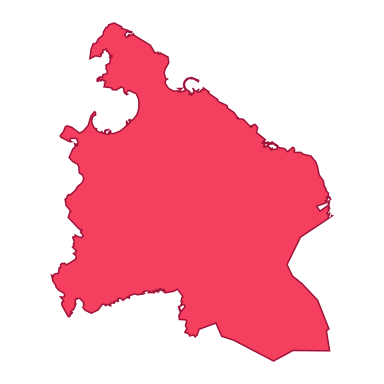 the district of Randaberg nor, Rogaland, Norway
{"feature_id": "86288312B80966124868443", "entity_name": "Randaberg nor", "entity_type": "district", "adm_level": 2, "iso_a3": "NOR", "parent_name": "Norway", "parent_adm1": "Rogaland", "projection": "albers", "projection_center": [5.609, 59.004], "detail": "fine", "context": "isolated", "style": "filled", "palette": "rose", "viewbox_px": 384, "rotation_deg": 0, "n_neighbors": 0, "source": "geoboundaries", "source_scale": "gbopen_adm2", "svg_char_len": 5861}
<svg xmlns="http://www.w3.org/2000/svg" viewBox="0 0 384 384"><path d="M329.1,218.0L328.2,217.5L330.1,212.5L328.2,214.9L326.9,213.2L329.0,210.3L328.4,209.4L329.6,208.4L328.6,207.6L329.3,206.9L328.6,205.9L329.5,201.2L329.0,200.9L328.1,205.4L320.0,211.1L316.6,206.2L326.9,202.6L327.1,201.4L325.0,201.0L326.9,200.5L327.3,197.8L329.2,197.8L330.9,200.0L329.5,196.8L327.0,197.3L328.3,195.7L328.5,193.2L325.7,190.2L326.1,189.2L324.2,185.9L323.4,181.0L319.1,174.9L317.5,166.6L315.6,161.8L310.8,155.9L304.0,154.5L300.5,152.3L294.9,152.5L293.9,151.7L294.7,150.5L294.1,148.2L292.8,147.3L287.5,151.7L284.8,148.7L278.3,147.4L277.7,145.7L273.6,143.1L273.1,143.8L276.9,146.2L277.4,148.9L272.5,149.6L272.3,148.6L271.3,150.0L270.1,149.2L270.7,148.2L268.0,146.4L268.4,144.7L271.8,143.8L272.3,142.1L268.0,143.3L267.5,146.4L264.9,147.0L265.4,146.2L264.2,146.4L265.1,145.6L263.7,146.2L264.9,145.3L264.1,145.6L263.7,145.5L264.5,145.3L263.9,143.9L267.2,143.4L267.8,142.2L262.2,143.0L263.5,141.0L264.8,141.8L264.2,140.8L265.3,139.6L256.4,132.5L257.7,127.7L255.4,124.6L254.1,124.4L250.4,127.8L251.2,125.9L250.1,126.3L243.2,119.2L237.3,118.7L236.8,117.5L238.7,118.0L236.9,116.9L234.2,112.6L226.9,107.7L227.4,106.2L226.5,105.4L218.8,101.7L217.3,100.3L217.7,99.6L208.3,93.0L209.1,91.9L203.5,88.0L203.7,89.8L202.3,89.2L200.7,90.7L201.1,91.3L198.2,92.2L196.7,91.7L199.3,89.0L196.5,91.3L194.9,91.0L192.8,88.0L194.0,91.5L192.8,94.0L191.3,93.7L192.4,92.8L190.9,93.6L191.5,95.0L190.4,95.0L188.9,93.4L190.0,91.9L185.6,88.7L184.3,85.0L185.1,81.5L188.7,78.5L193.4,78.8L198.4,81.6L198.6,80.3L191.6,77.5L187.0,78.5L184.3,81.5L183.6,84.3L184.0,87.3L185.8,90.1L181.9,91.8L180.7,91.7L180.5,89.7L181.8,88.4L178.3,88.5L180.2,89.8L180.3,91.7L178.7,92.0L178.4,90.8L173.7,91.2L168.3,88.2L165.1,83.2L165.7,80.1L168.2,78.7L165.9,79.3L164.1,73.0L165.1,69.2L168.8,62.7L168.0,57.0L160.1,52.9L160.0,53.9L158.5,54.0L158.0,52.2L155.0,53.1L150.4,45.3L133.8,35.1L133.3,33.0L133.2,35.1L129.7,34.9L130.1,35.5L129.3,35.9L128.6,35.0L128.0,35.7L128.9,36.3L126.5,37.6L124.8,35.0L126.7,31.6L131.5,32.8L131.9,31.9L121.5,28.3L121.8,27.2L121.2,26.5L114.1,23.0L108.6,24.8L108.1,26.7L106.0,27.5L103.4,32.1L103.0,35.0L98.2,38.9L96.3,43.1L93.2,43.8L91.1,49.1L89.9,58.7L95.5,55.8L100.5,56.7L101.5,54.6L100.7,53.6L103.1,52.6L102.6,50.4L106.5,49.1L106.6,51.2L107.9,51.3L109.9,55.3L111.9,55.4L112.0,56.9L110.0,56.7L109.5,57.7L110.6,58.3L109.7,63.2L105.8,65.3L106.5,66.3L106.0,68.4L107.4,71.7L106.6,73.8L102.9,74.7L102.7,77.2L100.1,76.8L97.3,78.7L97.1,81.2L98.6,81.2L99.1,78.8L100.9,80.9L102.4,79.5L103.9,80.9L105.3,80.3L104.6,80.7L105.9,81.5L104.3,83.9L104.8,85.2L103.9,86.8L110.5,87.7L112.3,88.5L112.2,89.6L116.3,90.0L121.4,86.9L123.7,88.4L124.0,92.2L126.5,94.7L128.4,93.9L126.4,94.1L126.0,92.5L128.9,90.4L136.3,93.8L138.6,99.2L138.9,102.0L138.9,107.8L137.9,111.9L136.8,114.9L133.2,119.5L130.6,121.2L130.1,120.5L130.1,121.6L129.2,120.6L129.8,119.9L128.8,120.1L129.8,122.0L127.8,124.8L126.6,120.6L126.5,123.7L127.2,124.8L124.1,128.0L120.1,131.1L113.1,133.8L110.7,132.9L108.8,134.3L111.1,130.5L109.1,131.7L108.4,134.4L104.7,133.6L106.2,130.3L109.5,129.3L105.0,130.3L104.3,133.5L101.9,132.4L101.7,130.9L101.3,132.5L99.1,132.2L96.3,130.4L96.5,128.6L94.3,128.1L91.9,123.1L91.7,119.9L93.2,116.2L95.6,115.0L95.5,112.3L94.4,111.7L90.9,116.1L88.2,125.5L83.0,131.3L79.5,133.1L71.6,127.2L67.3,125.9L65.4,126.6L63.4,131.8L60.5,135.2L60.2,136.0L61.2,137.4L69.9,141.8L71.5,141.6L69.8,140.5L70.6,138.4L75.4,138.3L76.5,138.7L78.0,142.4L77.5,143.9L76.2,144.1L77.6,145.4L77.1,145.9L74.7,143.8L75.4,146.7L72.8,149.0L69.1,157.6L72.7,161.5L77.5,164.2L78.8,166.7L79.3,172.9L82.6,175.1L83.5,177.7L83.2,180.7L81.3,183.6L77.7,186.3L75.3,190.4L69.9,195.2L68.8,194.4L67.1,196.3L67.2,197.6L65.1,199.2L66.1,205.5L70.9,211.3L70.0,211.8L68.2,217.4L78.0,227.8L80.6,230.0L81.6,229.5L81.9,230.4L80.5,232.0L83.2,235.7L82.1,237.3L79.6,237.3L75.1,235.1L75.2,236.6L72.7,237.1L74.4,242.0L73.3,244.1L74.0,245.4L72.5,247.1L76.4,250.8L75.4,252.0L75.7,252.8L73.5,253.6L76.4,256.2L75.4,259.4L66.2,265.0L64.9,263.3L61.8,263.5L60.5,264.7L60.6,267.4L59.1,267.9L58.5,273.2L55.0,273.9L53.6,274.9L53.2,276.5L51.6,275.3L53.0,281.3L55.8,285.4L56.0,287.0L58.8,290.2L63.9,293.1L64.6,294.9L64.0,297.2L60.5,296.9L63.6,300.8L61.8,302.5L61.9,305.2L68.2,316.6L69.5,316.7L70.4,315.3L70.0,313.8L71.4,314.0L72.3,312.7L70.6,311.9L74.0,309.0L75.8,304.2L74.9,304.3L75.5,302.8L75.2,300.0L76.1,298.9L77.2,299.8L76.7,298.9L77.9,298.3L79.9,298.5L83.9,302.8L83.4,303.9L83.9,304.9L82.9,307.6L85.2,310.3L91.4,313.2L98.3,309.9L102.2,304.2L104.8,304.2L105.3,306.1L105.7,304.0L105.8,305.4L108.5,304.5L110.5,306.1L109.0,304.0L110.7,305.4L110.5,303.5L111.4,302.8L113.9,303.2L114.6,302.7L113.9,302.1L116.3,300.4L117.9,301.6L118.4,300.8L118.1,298.5L118.9,298.2L121.5,298.7L122.9,300.4L126.8,297.4L130.0,298.3L127.3,296.9L128.1,296.1L129.4,296.7L130.1,295.4L135.1,293.8L137.3,294.8L144.0,293.8L142.3,293.2L143.5,292.0L143.6,292.8L144.3,293.1L143.9,292.0L146.5,290.6L149.9,291.5L148.6,292.6L150.2,292.7L150.6,291.4L150.6,292.4L153.5,292.7L152.9,292.1L153.3,291.2L154.4,292.7L153.9,291.4L155.4,292.2L154.6,291.0L155.8,290.4L157.1,291.5L156.7,290.0L159.3,292.1L157.3,290.0L160.8,288.5L161.1,289.8L159.0,290.4L163.7,289.5L164.4,290.5L163.5,290.9L164.8,291.1L164.1,292.1L165.2,292.8L174.0,291.2L177.4,289.1L182.9,296.5L181.8,297.7L181.0,301.6L182.3,302.0L180.4,306.0L184.0,304.3L185.1,306.7L181.3,311.0L180.2,310.1L179.3,306.4L178.6,306.6L179.6,310.7L181.1,311.7L179.2,314.5L179.6,315.8L178.9,316.3L179.4,319.5L185.8,319.8L186.6,321.7L185.4,325.6L186.9,328.4L184.8,332.3L188.9,334.0L189.6,335.9L193.5,335.0L195.1,336.9L197.1,335.1L199.1,329.3L215.9,323.0L221.7,336.3L233.7,340.2L273.5,361.0L292.9,350.5L329.6,350.8L326.4,330.9L328.9,328.9L317.6,300.2L301.8,283.5L292.4,276.0L287.0,264.6L300.5,237.1L329.1,218.0ZM332.4,215.7L331.7,215.4L331.3,216.4L332.4,215.7Z" fill="#f43f5e" stroke="#9f1239" stroke-width="1.5"/></svg>